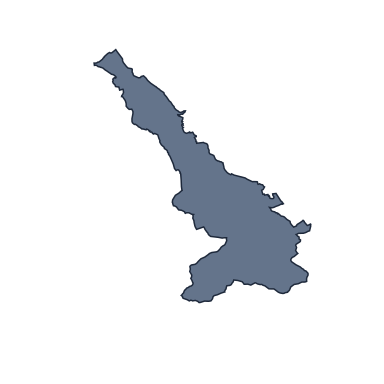 outline of Agrij, Salaj, Romania, rotated 23°
{"feature_id": "2599482B62013931354747", "entity_name": "Agrij", "entity_type": "district", "adm_level": 2, "iso_a3": "ROU", "parent_name": "Romania", "parent_adm1": "Salaj", "projection": "equal_earth", "projection_center": [23.096, 47.059], "detail": "fine", "context": "isolated", "style": "filled", "palette": "slate", "viewbox_px": 384, "rotation_deg": 23, "n_neighbors": 0, "source": "geoboundaries", "source_scale": "gbopen_adm2", "svg_char_len": 6064}
<svg xmlns="http://www.w3.org/2000/svg" viewBox="0 0 384 384"><g transform="rotate(23 192 192)"><path d="M246.2,287.5L250.0,286.1L252.0,284.8L252.6,282.3L252.3,280.1L252.9,278.7L255.5,276.7L258.4,273.6L261.2,271.2L260.8,270.9L260.9,268.9L261.2,268.0L260.8,266.2L260.7,264.7L263.3,263.2L264.1,262.3L264.4,261.6L264.4,260.6L265.0,258.7L264.8,256.7L268.9,255.5L273.3,255.0L275.0,255.9L275.8,256.5L276.2,256.5L279.4,255.0L282.5,254.7L285.5,251.0L286.0,250.8L288.3,251.0L290.8,250.6L292.4,249.8L293.7,250.1L295.8,249.9L300.7,251.1L305.0,249.3L305.9,249.3L310.6,250.5L312.6,250.5L315.3,249.9L316.3,249.3L317.0,248.4L319.2,246.9L319.2,246.1L319.8,245.2L320.1,243.9L320.0,240.9L322.1,237.2L325.7,234.9L328.3,232.0L331.2,230.7L332.5,229.5L331.4,227.2L331.1,225.7L331.3,223.4L330.9,222.1L330.4,221.4L327.8,220.2L326.1,220.4L324.9,219.6L322.9,219.4L321.0,218.7L316.3,218.4L311.0,217.3L309.7,216.4L309.3,215.4L309.7,213.2L311.2,211.5L313.4,207.2L312.3,206.8L310.2,205.3L310.0,202.3L308.2,200.5L308.3,199.4L310.8,195.7L311.0,195.0L310.6,193.7L308.9,193.4L308.3,191.9L307.7,191.3L306.8,191.5L304.5,190.4L305.2,189.9L305.5,189.2L306.3,188.4L310.7,186.4L312.5,184.9L314.3,182.7L315.4,181.8L314.6,177.0L314.3,176.6L314.1,175.6L313.9,175.3L313.5,175.2L312.6,176.5L311.2,177.8L307.0,175.7L306.8,175.2L305.3,174.7L305.0,175.5L303.4,178.1L301.6,180.6L301.3,181.6L301.4,182.4L299.3,184.6L296.6,183.4L294.8,182.3L293.7,180.7L290.1,180.2L286.8,178.9L285.0,178.9L284.0,179.3L283.5,179.3L279.8,178.1L279.4,178.6L278.3,177.9L277.1,178.4L276.0,177.9L274.0,178.3L272.8,178.3L272.0,178.0L271.3,177.0L269.4,175.9L271.9,175.2L273.3,174.2L274.8,172.5L277.0,170.5L279.3,167.7L279.7,168.1L280.0,167.9L280.7,167.1L278.3,165.7L277.4,165.6L269.9,160.5L267.0,162.2L267.8,163.5L269.2,164.4L269.5,164.8L269.5,166.1L268.4,166.8L266.5,167.3L266.1,167.2L264.9,165.5L264.2,165.2L264.1,165.9L263.6,165.6L262.8,164.7L260.0,166.5L259.3,165.7L258.1,166.4L255.4,163.2L256.5,161.9L256.8,159.0L255.9,158.9L254.2,157.8L252.4,158.2L251.1,158.0L249.8,159.1L249.4,158.8L248.2,157.1L247.9,157.1L244.7,158.3L244.0,158.8L242.7,158.9L237.8,158.7L235.4,158.3L224.2,160.0L221.3,159.8L221.0,160.9L218.7,160.8L216.8,160.4L213.5,158.7L212.1,157.5L211.7,156.7L209.1,153.1L208.8,153.3L207.4,152.8L205.6,153.2L204.6,153.0L203.8,153.3L202.1,153.2L200.6,152.6L197.8,149.9L195.1,149.8L194.3,150.1L192.9,149.5L192.1,148.7L191.4,146.9L189.5,145.2L188.7,143.4L187.5,142.1L186.3,141.8L184.1,142.1L183.2,141.9L177.3,145.3L176.8,144.1L175.9,144.1L175.7,143.3L175.1,142.5L172.9,140.8L173.4,140.0L174.3,139.4L174.0,138.7L171.6,138.5L169.5,136.8L169.2,136.7L167.9,137.9L166.8,138.3L166.4,137.7L165.1,139.2L163.8,140.2L161.8,140.1L160.8,139.6L158.4,137.2L158.3,136.6L158.8,136.1L157.7,135.6L156.4,134.6L156.3,133.8L156.8,133.5L157.5,133.6L157.1,133.1L157.2,132.7L156.0,132.2L155.3,131.5L155.7,130.8L154.9,130.7L155.0,128.5L154.5,127.1L150.1,127.2L149.0,126.8L148.7,126.4L150.8,125.7L151.9,124.4L153.1,124.1L153.1,123.3L154.2,121.4L154.2,119.9L152.8,120.6L152.0,121.9L150.3,123.3L148.9,123.4L147.3,122.8L145.6,122.7L142.9,121.5L142.0,120.3L140.4,119.7L137.2,117.5L135.5,117.1L131.2,114.3L128.4,113.0L127.2,111.5L123.2,110.8L121.9,110.2L120.4,110.0L118.2,109.4L117.7,109.1L117.3,109.2L111.4,108.0L107.5,106.6L105.1,105.1L102.0,104.0L100.0,105.6L100.0,106.3L99.6,107.0L98.1,107.8L93.0,107.7L91.9,106.9L91.3,105.9L90.1,105.1L89.0,102.3L88.1,102.1L84.8,102.9L82.8,102.2L78.4,99.8L76.9,98.5L76.1,96.8L75.5,96.3L67.9,91.9L66.2,90.7L63.8,95.2L62.7,95.9L61.6,95.8L60.3,97.5L58.5,101.4L58.3,101.9L58.5,102.3L57.9,103.5L57.7,104.8L55.8,108.3L55.3,108.9L54.5,109.3L54.0,110.2L53.2,110.9L51.5,111.6L52.7,113.6L53.9,112.9L55.0,112.8L56.8,113.3L57.5,112.9L59.1,113.0L59.4,112.8L61.6,112.7L64.4,113.6L66.4,113.9L69.6,114.6L70.6,114.7L71.7,115.1L73.9,114.7L76.3,115.4L77.2,115.9L76.7,116.5L77.1,116.9L76.8,117.2L76.0,117.1L75.2,118.3L75.1,119.2L75.8,119.9L75.8,121.3L77.0,122.6L79.3,123.5L80.4,124.8L83.7,124.0L85.6,126.5L88.1,124.5L88.5,124.4L90.1,127.2L90.1,129.3L89.7,130.7L89.9,131.7L90.6,131.4L91.0,131.5L94.8,133.9L96.4,135.7L97.1,136.8L97.9,138.8L100.1,139.9L101.9,140.5L104.2,139.3L106.2,141.0L107.0,142.9L108.1,148.0L109.2,150.5L110.2,151.6L112.0,152.2L112.9,152.2L113.4,151.8L114.2,151.9L116.1,152.3L117.1,152.9L119.4,153.0L121.2,153.6L122.3,153.1L125.5,152.7L125.6,151.9L126.3,151.8L127.3,151.8L128.4,152.3L129.0,152.1L129.0,152.8L130.3,153.1L131.0,152.7L131.8,152.7L132.8,153.5L133.4,153.6L133.7,153.4L134.1,153.6L134.8,152.7L138.0,152.7L138.4,153.0L140.4,155.4L142.5,157.4L142.7,158.5L144.2,159.7L145.5,160.6L149.1,161.8L149.6,162.8L152.1,163.2L153.2,163.7L153.7,164.5L154.3,165.2L155.2,165.3L155.7,166.5L157.7,167.7L163.7,173.4L166.7,177.2L169.0,178.5L169.7,177.5L170.4,177.0L171.2,177.0L172.5,177.8L173.6,178.7L173.5,179.2L174.5,179.7L177.4,185.3L180.2,191.2L181.7,193.7L182.3,194.4L181.9,194.9L180.3,198.3L178.0,201.5L177.3,206.4L177.3,207.0L177.9,209.2L178.3,209.4L179.1,210.6L180.3,211.9L180.6,211.6L183.5,211.8L186.7,213.7L189.5,212.9L192.8,213.1L193.2,213.3L193.6,214.0L194.3,214.2L195.1,213.2L197.4,212.3L200.3,212.6L202.2,212.1L201.9,213.0L202.7,214.4L202.9,215.7L205.0,217.7L205.9,219.3L207.9,222.1L208.9,223.1L210.8,224.6L216.4,219.6L217.3,220.1L218.7,221.4L221.5,223.1L222.3,223.3L223.5,224.5L224.4,225.0L226.5,225.6L233.7,223.5L237.8,222.6L239.4,221.6L241.7,220.6L242.0,221.7L243.0,223.3L242.9,227.4L242.6,228.2L241.5,229.5L240.4,231.5L240.0,233.7L238.8,236.7L237.8,237.6L233.8,240.0L231.9,242.0L231.8,242.6L229.3,246.8L226.3,250.0L224.9,253.4L224.3,255.4L223.3,257.2L220.0,259.4L219.3,260.5L219.2,261.5L220.6,263.6L221.0,266.1L224.3,268.6L224.5,269.6L224.9,270.4L224.6,271.9L226.5,273.4L227.9,274.9L228.3,275.1L228.8,276.0L228.7,277.6L228.0,278.8L226.4,280.1L226.2,281.0L224.6,282.6L224.2,284.3L223.9,284.6L223.6,285.6L223.5,286.4L223.7,288.1L223.1,289.5L222.9,290.6L222.5,291.4L224.0,291.9L224.4,292.3L224.6,292.8L225.4,293.3L229.8,293.0L231.8,293.3L232.3,293.2L232.8,292.4L233.2,292.1L234.2,291.9L235.1,292.0L237.4,290.5L240.0,290.4L241.7,291.0L242.7,290.5L246.2,287.5Z" fill="#64748b" stroke="#1e293b" stroke-width="1.5"/></g></svg>